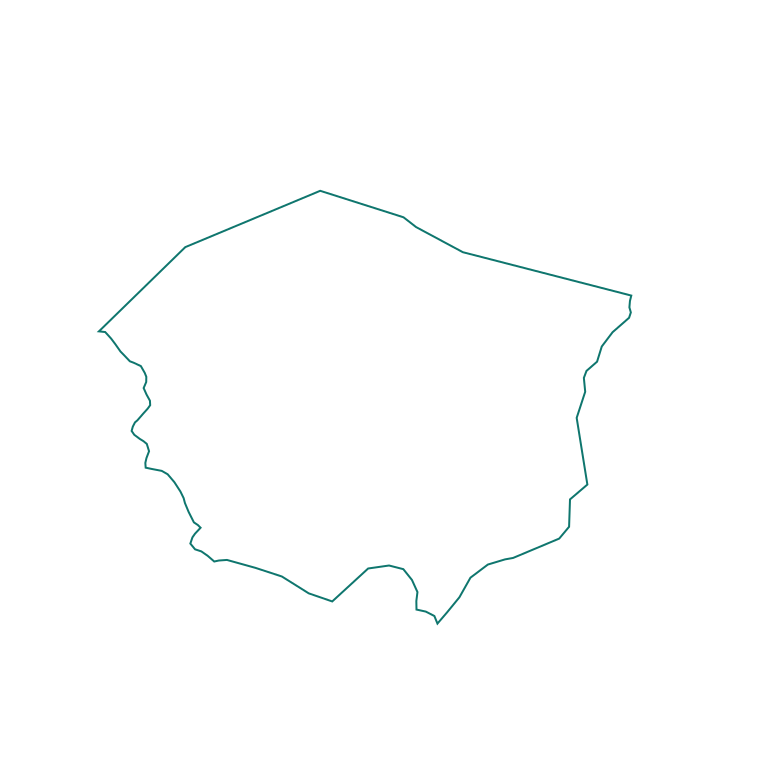 outline of Boali, Ombella-M'Poko, Central African Republic, rotated 53°
{"feature_id": "33826404B11454155454969", "entity_name": "Boali", "entity_type": "district", "adm_level": 2, "iso_a3": "CAF", "parent_name": "Central African Republic", "parent_adm1": "Ombella-M'Poko", "projection": "natural_earth1", "projection_center": [18.06, 4.808], "detail": "fine", "context": "isolated", "style": "outline", "palette": "teal", "viewbox_px": 768, "rotation_deg": 53, "n_neighbors": 0, "source": "geoboundaries", "source_scale": "gbopen_adm2", "svg_char_len": 1269}
<svg xmlns="http://www.w3.org/2000/svg" viewBox="0 0 768 768"><g transform="rotate(53 384 384)"><path d="M511.3,228.0L499.4,220.7L495.4,214.4L494.4,200.4L485.1,187.5L480.2,170.3L478.6,148.4L475.4,143.8L470.5,141.9L465.7,137.6L462.2,133.3L326.2,241.7L278.1,263.9L262.6,268.1L191.3,318.7L155.1,460.3L170.4,580.0L174.7,575.4L183.5,574.6L190.3,574.6L199.5,574.9L204.1,574.3L212.9,573.3L216.4,571.1L223.4,567.4L231.2,568.4L235.2,569.5L239.3,572.7L242.6,578.4L249.5,580.0L256.5,581.0L260.2,583.5L261.5,587.7L262.7,593.9L264.6,602.8L264.8,606.0L266.9,610.3L269.6,613.8L274.3,614.0L280.8,612.1L284.9,610.5L289.1,609.5L296.3,612.1L300.2,618.3L303.4,622.1L307.4,624.7L312.2,620.5L319.6,613.8L325.9,611.1L336.3,610.5L347.4,611.3L354.6,612.7L359.2,614.6L368.5,617.0L380.1,619.1L384.7,617.5L388.4,617.0L389.8,625.0L391.2,629.3L394.9,634.7L402.3,634.4L407.8,630.6L415.2,628.2L423.6,626.4L425.6,622.1L430.0,615.3L453.5,597.3L476.3,581.4L505.9,570.1L526.5,556.2L521.8,507.7L532.0,489.2L543.5,480.0L557.3,479.6L570.3,482.5L576.8,488.8L583.7,493.8L590.9,487.6L599.6,483.4L607.5,485.5L604.3,470.9L599.7,452.1L590.7,431.5L590.7,409.7L596.9,392.9L600.6,385.6L612.9,337.1L609.4,322.1L588.1,304.9L586.7,282.1L527.0,250.5L511.3,228.0Z" fill="none" stroke="#0f766e" stroke-width="2"/></g></svg>